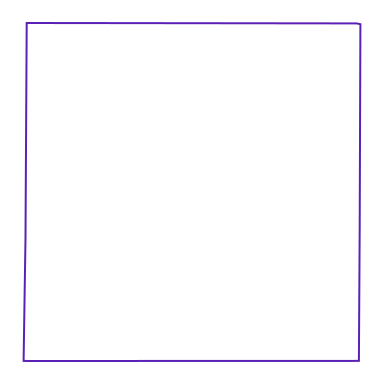 Russell, Kansas, United States of America
{"feature_id": "52423323B78124192101177", "entity_name": "Russell", "entity_type": "district", "adm_level": 2, "iso_a3": "USA", "parent_name": "United States of America", "parent_adm1": "Kansas", "projection": "mercator", "projection_center": [-98.732, 38.915], "detail": "fine", "context": "isolated", "style": "outline", "palette": "violet", "viewbox_px": 384, "rotation_deg": 0, "n_neighbors": 0, "source": "geoboundaries", "source_scale": "gbopen_adm2", "svg_char_len": 227}
<svg xmlns="http://www.w3.org/2000/svg" viewBox="0 0 384 384"><path d="M356.6,23.4L26.7,23.0L25.5,237.8L23.6,360.9L29.4,361.0L358.9,360.9L359.7,226.4L360.4,24.2L356.6,23.4Z" fill="none" stroke="#5b21b6" stroke-width="2"/></svg>